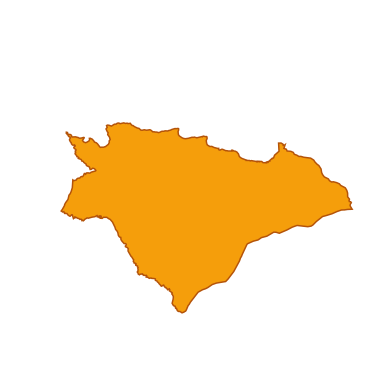 Busega, Simiyu, United Republic of Tanzania (orthographic projection), rotated 39°
{"feature_id": "72390352B70559618037175", "entity_name": "Busega", "entity_type": "district", "adm_level": 2, "iso_a3": "TZA", "parent_name": "United Republic of Tanzania", "parent_adm1": "Simiyu", "projection": "orthographic", "projection_center": [33.696, -2.377], "detail": "fine", "context": "isolated", "style": "filled", "palette": "amber", "viewbox_px": 384, "rotation_deg": 39, "n_neighbors": 0, "source": "geoboundaries", "source_scale": "gbopen_adm2", "svg_char_len": 6005}
<svg xmlns="http://www.w3.org/2000/svg" viewBox="0 0 384 384"><g transform="rotate(39 192 192)"><path d="M228.5,99.5L234.0,105.6L233.0,111.4L233.9,114.1L233.4,115.5L233.1,115.4L232.6,118.7L233.0,119.0L232.4,119.7L232.4,120.5L232.1,120.3L231.6,121.1L231.7,121.7L231.2,121.6L230.9,122.2L231.3,122.6L228.7,124.5L227.1,124.4L226.3,124.8L225.5,125.9L225.2,125.7L224.2,126.9L224.2,126.4L223.1,127.2L222.6,127.9L218.3,130.3L217.7,131.2L216.7,131.4L215.4,132.5L214.5,132.8L214.6,133.4L214.8,133.6L213.6,133.2L209.3,134.6L206.9,134.7L206.0,134.4L204.2,133.2L203.1,133.0L201.8,132.7L200.1,133.0L198.7,133.8L197.5,133.9L196.7,134.3L196.6,134.5L196.9,134.7L197.9,134.5L194.4,137.3L193.0,138.0L192.4,138.6L188.8,139.6L188.2,140.1L187.4,141.7L186.7,142.2L186.1,142.2L185.3,141.3L184.5,142.0L181.2,143.5L178.7,144.1L177.2,145.4L174.4,145.8L172.9,145.1L172.9,145.5L172.9,145.1L170.7,143.1L170.1,141.0L169.0,139.8L168.3,139.8L167.6,140.5L165.7,141.4L165.3,142.1L165.4,142.4L165.0,142.5L161.6,146.9L160.7,147.2L160.5,147.6L160.5,147.4L159.2,147.9L158.6,148.8L157.6,149.4L155.5,152.4L153.4,154.7L151.9,155.6L150.3,156.1L146.9,156.4L145.4,156.0L143.2,153.9L142.5,152.1L141.7,151.2L141.1,151.4L139.6,153.0L138.9,153.3L136.9,156.2L136.3,157.6L135.2,158.9L134.8,159.8L132.6,161.4L131.9,162.5L130.6,163.6L130.1,164.2L129.5,165.7L128.5,167.0L127.1,167.5L126.1,168.3L124.6,169.1L123.6,169.9L121.5,169.8L120.1,170.1L117.8,172.6L115.7,173.7L114.4,175.4L113.2,176.1L110.7,175.9L109.6,176.6L106.2,177.4L104.2,177.5L103.6,178.0L101.9,177.8L100.9,177.4L99.1,179.2L98.3,179.3L97.1,180.6L95.5,181.2L93.1,184.2L91.8,184.4L90.6,185.6L90.3,187.0L89.0,188.2L87.9,191.5L85.4,192.4L84.1,193.3L83.8,194.2L85.4,195.1L85.5,197.1L88.3,198.5L89.4,198.6L90.4,200.5L93.1,201.2L95.4,202.7L95.5,204.5L96.5,205.5L97.0,207.6L96.2,211.1L94.8,213.2L93.8,213.8L92.8,214.9L92.1,215.0L88.1,214.0L86.5,214.0L84.8,214.6L83.9,214.2L81.3,213.7L79.0,214.3L78.5,214.9L79.2,215.3L79.8,217.1L79.0,219.4L78.2,220.7L76.2,221.3L74.6,220.9L74.4,220.5L74.2,218.1L73.9,217.6L73.3,217.9L72.3,219.4L70.8,221.0L68.8,221.4L68.4,221.9L67.7,222.0L66.8,222.4L64.3,224.6L63.7,224.7L62.8,223.9L62.2,223.8L61.5,223.8L59.3,225.1L58.1,224.6L57.8,224.1L56.7,224.6L57.3,225.5L58.6,225.6L58.9,225.8L59.3,225.6L60.7,226.3L62.0,226.4L62.8,226.1L63.5,226.6L63.7,228.1L64.0,228.6L65.8,229.5L67.1,229.7L67.9,230.4L69.6,230.7L71.3,229.6L71.3,229.4L71.9,229.5L72.3,229.9L72.0,231.6L73.1,232.3L74.9,232.0L75.3,232.3L75.7,232.9L75.5,233.7L76.9,234.7L76.7,235.2L77.1,235.9L79.4,236.4L80.3,236.9L80.5,236.6L82.3,236.6L82.3,237.4L82.5,237.5L85.3,236.5L86.0,236.7L86.7,237.3L88.2,236.7L89.4,237.1L92.3,237.0L92.8,237.6L93.8,237.8L95.9,237.2L96.8,237.3L98.7,238.6L99.4,237.8L99.9,236.0L101.2,235.4L102.6,235.4L103.7,235.7L103.8,236.3L101.2,240.0L100.9,241.2L100.3,242.0L99.5,242.3L98.1,243.5L98.1,245.1L97.2,244.9L96.7,245.4L97.3,247.6L97.3,248.9L96.5,249.4L96.0,250.4L96.0,251.7L95.5,252.4L94.8,252.9L94.3,254.1L94.5,255.5L93.1,257.5L91.8,257.6L96.3,264.0L97.8,267.7L98.4,269.9L98.4,271.9L100.3,275.8L100.5,279.7L100.9,281.9L101.4,282.6L101.6,283.7L102.2,287.2L102.3,289.1L104.2,288.9L104.7,288.1L104.9,288.3L105.5,288.2L106.1,288.7L106.5,288.8L106.9,288.2L107.4,288.2L108.4,287.4L110.0,287.9L112.0,287.8L112.6,287.3L112.8,285.4L113.4,285.1L116.6,287.3L116.7,286.6L117.2,285.9L116.8,285.7L116.6,285.2L117.3,284.8L119.6,284.4L120.9,283.8L122.2,283.8L122.6,283.2L123.1,282.9L123.9,282.9L124.4,283.5L124.9,282.9L125.6,282.9L125.9,281.9L125.8,280.9L126.8,278.2L127.9,277.6L130.2,274.4L132.1,272.3L133.0,270.0L133.6,270.2L134.1,270.9L135.0,270.2L135.6,270.3L135.8,269.6L134.9,269.3L135.1,268.8L135.8,268.2L136.7,268.0L137.2,268.7L136.7,269.8L137.1,270.2L138.8,269.0L139.1,267.4L141.7,265.3L144.0,265.2L145.6,264.8L149.1,265.4L154.4,267.9L156.1,269.1L158.6,269.6L160.0,270.3L162.0,272.0L163.4,272.5L164.7,272.5L165.2,272.1L166.8,273.7L168.2,274.2L171.7,274.8L173.0,273.8L174.0,274.2L174.3,275.1L174.2,275.9L174.7,276.4L176.8,275.9L178.2,276.2L178.7,277.2L179.6,278.2L185.0,280.3L186.5,280.5L188.2,281.2L189.2,281.3L190.2,283.0L191.3,283.1L191.6,283.6L193.4,282.9L193.8,283.8L194.2,283.7L194.5,284.3L196.3,283.8L196.9,284.6L197.7,284.6L198.0,285.5L199.1,286.3L199.1,286.7L199.9,287.6L199.8,288.6L201.3,289.1L202.0,289.6L202.2,289.4L203.2,289.5L203.6,288.4L204.2,287.6L205.0,287.3L205.0,286.9L206.0,286.9L206.6,287.3L206.8,286.9L209.0,286.1L208.9,285.6L209.6,285.6L210.1,286.1L210.1,286.8L211.7,286.0L213.1,286.0L214.3,284.6L215.0,284.5L217.0,283.1L218.2,282.6L219.2,283.7L220.6,283.2L221.6,283.6L223.2,283.6L224.1,284.0L226.4,284.2L226.6,284.5L227.7,284.3L228.3,282.4L228.6,282.2L229.9,282.8L231.5,283.1L231.7,282.7L233.1,282.8L234.5,283.3L235.3,281.5L236.2,281.9L236.5,283.0L240.0,282.8L240.3,283.1L240.4,283.9L241.9,284.3L243.4,285.1L244.8,287.2L246.6,291.0L248.6,291.8L248.8,291.7L249.6,291.9L250.9,291.4L252.3,292.6L252.8,292.6L252.9,292.3L253.3,292.3L255.2,293.4L256.5,293.4L258.0,292.4L260.3,292.2L261.3,290.5L261.7,289.1L262.0,288.7L261.8,287.2L260.5,282.8L260.5,281.0L260.1,278.7L259.8,266.0L261.7,261.3L263.4,258.6L264.4,256.4L266.0,251.1L268.3,247.4L274.5,240.4L274.8,237.0L274.5,227.5L272.3,215.8L271.2,212.7L271.0,211.0L270.3,208.8L267.7,198.3L267.7,197.3L270.6,191.6L273.5,187.7L274.7,183.7L278.0,179.2L280.8,171.8L282.6,170.4L285.8,169.1L289.7,161.7L292.0,156.3L294.1,152.8L294.8,151.8L303.8,146.1L306.0,143.6L306.7,141.7L307.2,136.7L308.9,128.9L311.0,126.0L314.5,120.8L317.0,115.9L319.5,111.9L321.7,110.0L323.9,107.6L327.3,104.6L324.4,103.6L323.1,102.8L322.6,101.3L322.6,100.1L321.4,99.7L320.3,100.4L319.5,99.9L318.9,98.5L316.0,97.8L313.6,94.9L311.4,93.4L308.6,92.3L303.4,93.3L301.4,92.9L298.5,93.7L295.6,95.0L294.1,96.4L291.7,96.7L289.8,96.0L285.3,97.0L282.5,96.3L280.5,95.3L277.8,92.9L273.9,91.6L271.6,91.7L268.6,91.3L266.5,90.6L262.9,91.0L256.9,94.7L254.2,95.8L252.7,97.1L250.3,97.4L247.8,98.3L245.8,97.5L243.2,98.2L240.1,100.3L238.4,99.4L236.0,100.3L234.6,96.7L234.3,97.9L233.6,98.4L233.2,97.7L232.4,97.6L230.4,97.9L228.5,99.5Z" fill="#f59e0b" stroke="#b45309" stroke-width="1.5"/></g></svg>